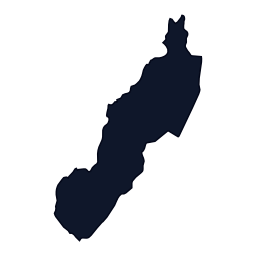 outline of Jinotega
{"feature_id": "NIC-656", "entity_name": "Jinotega", "entity_type": "Department", "adm_level": 1, "iso_a3": "NIC", "parent_name": "Nicaragua", "parent_adm1": "", "projection": "equal_earth", "projection_center": [-85.491, 13.798], "detail": "fine", "context": "isolated", "style": "filled", "palette": "ink", "viewbox_px": 256, "rotation_deg": 0, "n_neighbors": 0, "source": "natural_earth", "source_scale": "10m", "svg_char_len": 2687}
<svg xmlns="http://www.w3.org/2000/svg" viewBox="0 0 256 256"><path d="M175.4,23.5L177.6,22.1L181.3,17.3L181.9,15.4L182.4,15.4L183.2,15.7L183.5,15.9L183.8,16.2L184.1,16.7L184.3,17.3L184.4,18.2L184.5,19.1L183.9,21.1L183.8,22.0L183.8,22.8L183.8,23.4L183.6,24.9L183.5,25.7L183.5,26.9L183.5,28.2L183.6,28.6L183.7,28.9L185.1,30.4L186.7,31.5L187.1,32.1L187.5,32.9L187.7,34.0L187.5,35.4L186.3,38.0L186.2,38.9L186.3,41.9L186.2,42.6L185.4,44.5L185.2,45.4L185.2,46.4L185.5,47.4L187.4,50.7L189.2,52.9L190.7,55.2L191.2,55.7L192.0,55.9L201.3,56.7L201.5,58.7L201.4,62.0L199.1,78.1L198.8,84.6L199.8,89.7L199.5,91.3L198.6,94.0L192.3,107.9L179.1,135.7L178.6,136.4L178.1,136.7L168.1,130.7L167.8,130.8L155.1,141.2L154.8,141.3L146.5,142.8L145.9,143.6L145.4,144.8L144.5,148.2L143.7,149.9L143.0,151.0L141.9,151.9L141.7,152.8L141.8,154.0L142.6,156.4L143.3,158.0L143.8,159.9L144.0,161.2L142.9,165.5L142.9,168.1L142.9,168.8L142.8,170.1L142.4,171.2L141.3,172.4L135.6,177.2L132.4,181.0L131.8,182.8L131.8,187.8L125.9,192.8L123.9,193.8L121.5,193.8L119.3,195.8L117.8,198.0L116.3,201.2L114.5,205.3L106.9,217.0L103.0,221.5L101.8,222.4L97.0,227.9L91.1,235.2L88.8,237.3L87.7,237.8L86.4,238.0L82.6,237.8L81.4,238.1L80.9,238.4L79.5,240.6L75.9,237.0L74.3,234.9L72.8,233.7L71.9,233.2L70.4,233.2L69.9,233.2L68.3,230.6L63.7,227.0L55.9,216.7L55.1,215.2L54.5,213.3L55.7,210.6L56.0,208.3L55.7,206.5L57.3,200.7L56.3,194.7L56.3,191.7L56.6,189.3L57.2,187.2L58.1,185.0L62.0,179.7L63.7,177.7L65.3,177.3L66.8,177.2L68.1,178.0L69.1,176.4L73.1,172.2L74.1,170.6L75.1,169.0L76.3,168.4L77.4,170.2L78.4,169.6L83.9,169.0L85.6,169.1L86.8,170.0L87.7,171.1L88.7,171.8L90.0,171.5L90.8,170.8L92.5,167.6L94.9,165.3L96.8,164.0L97.9,162.2L97.7,153.9L98.1,150.4L99.0,147.1L102.0,140.4L102.5,138.7L102.8,136.8L102.9,130.2L103.6,127.9L104.6,126.3L107.1,124.3L107.4,124.1L108.1,123.2L109.0,120.9L109.2,118.8L108.6,117.1L107.1,116.5L106.7,115.3L107.1,112.6L108.1,108.4L108.3,105.3L108.8,104.5L109.8,104.9L111.7,105.0L113.0,104.2L115.1,101.8L116.0,102.2L116.7,102.2L116.6,101.5L116.8,101.3L117.1,101.4L117.4,101.2L117.0,99.7L120.7,98.3L121.7,96.9L122.7,95.0L125.0,94.0L125.8,93.8L127.6,93.4L129.5,92.5L130.5,90.6L130.7,88.4L131.3,86.5L135.1,85.2L136.8,83.8L139.5,81.1L140.7,79.1L141.9,76.4L142.7,73.7L143.5,70.2L144.5,68.0L145.7,65.9L146.7,64.6L147.1,64.5L148.2,64.8L148.7,64.6L149.0,64.2L149.3,63.2L150.0,62.0L150.4,61.1L151.0,60.3L152.0,60.0L154.4,58.3L155.5,58.0L159.5,58.0L162.0,57.4L164.6,56.3L166.8,54.6L168.0,52.3L167.9,49.1L166.5,46.3L164.7,44.1L163.0,42.7L165.8,39.8L166.0,38.9L165.7,36.8L165.8,35.9L168.2,32.6L168.6,31.7L168.8,24.6L169.3,20.7L170.1,18.7L172.0,19.4L173.6,21.7L175.4,23.5Z" fill="#0f172a" stroke="#020617" stroke-width="1.5"/></svg>